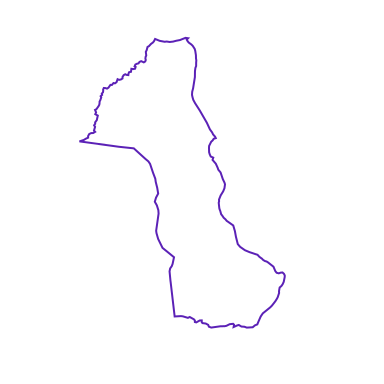 São João do Araguaia, Pará, Brazil, rotated 54°
{"feature_id": "56859067B47376797369085", "entity_name": "São João do Araguaia", "entity_type": "district", "adm_level": 2, "iso_a3": "BRA", "parent_name": "Brazil", "parent_adm1": "Pará", "projection": "equal_earth", "projection_center": [-48.731, -5.441], "detail": "fine", "context": "isolated", "style": "outline", "palette": "violet", "viewbox_px": 384, "rotation_deg": 54, "n_neighbors": 0, "source": "geoboundaries", "source_scale": "gbopen_adm2", "svg_char_len": 3087}
<svg xmlns="http://www.w3.org/2000/svg" viewBox="0 0 384 384"><g transform="rotate(54 192 192)"><path d="M65.3,104.8L63.5,106.6L62.6,110.0L62.0,112.4L60.4,115.8L59.2,118.9L57.5,121.9L55.4,124.0L54.4,125.8L50.7,129.3L46.5,131.9L47.7,134.2L48.1,135.8L48.1,138.1L48.7,141.1L48.5,142.7L50.6,145.3L51.5,147.0L54.7,148.8L55.4,150.1L56.7,151.3L58.0,151.8L58.9,153.1L58.8,154.8L56.3,156.2L55.9,158.0L56.5,159.7L55.9,161.1L55.6,162.9L56.6,164.6L57.7,164.1L58.8,165.6L58.1,167.2L56.7,168.6L58.9,170.7L58.1,172.5L58.9,173.8L60.0,174.8L58.8,176.1L57.5,176.8L57.3,178.6L58.1,180.6L59.3,181.5L59.2,183.3L58.4,185.1L57.0,185.9L58.8,188.5L58.8,190.5L57.7,191.5L58.3,193.9L57.4,195.0L58.5,198.3L58.4,200.0L57.1,200.9L56.0,202.2L56.8,203.6L58.0,204.4L59.0,205.4L59.4,207.2L60.6,207.6L60.8,209.6L62.1,209.8L63.8,212.2L64.5,213.6L65.8,214.6L66.9,215.7L67.6,217.1L68.8,220.6L68.6,222.2L71.2,222.8L72.2,224.5L74.8,223.3L77.9,226.8L78.7,229.4L79.9,230.2L80.5,232.0L82.3,232.1L84.7,235.2L86.4,235.0L86.2,237.3L85.1,238.9L84.7,241.1L85.7,243.2L87.0,244.1L86.5,246.4L86.3,248.9L84.9,253.3L112.4,224.6L122.5,213.4L123.6,213.2L138.0,210.2L141.6,209.3L144.6,209.4L153.5,212.2L159.7,213.9L162.5,215.4L168.2,217.7L173.4,220.3L175.4,224.4L178.0,227.8L182.2,228.3L186.9,229.9L189.8,231.7L202.3,243.8L204.4,244.9L208.2,246.3L210.2,247.0L219.9,248.7L225.1,247.3L234.2,244.9L238.8,250.0L240.1,252.0L241.0,254.6L243.0,256.8L250.8,261.4L252.8,262.5L282.5,279.2L285.0,275.3L285.9,273.9L287.2,272.5L291.4,269.3L291.8,267.3L296.1,265.3L297.6,265.2L298.9,266.1L300.0,265.2L300.5,261.2L301.6,259.6L303.0,260.6L304.2,260.6L306.5,258.2L309.0,257.0L310.9,257.5L313.0,256.1L317.3,248.0L319.8,244.4L320.5,242.8L321.1,239.2L322.8,236.2L324.1,236.0L325.7,237.7L326.5,233.9L327.1,232.3L329.9,231.1L331.8,228.8L333.9,227.4L337.1,222.4L336.9,219.4L337.5,217.0L335.9,214.4L333.1,209.6L332.5,208.0L331.8,206.0L331.3,196.5L330.9,194.1L329.9,190.6L329.3,188.6L328.2,185.9L327.5,184.5L324.9,180.9L323.5,180.0L322.0,178.5L320.8,177.2L320.6,174.9L319.9,172.9L318.6,170.6L315.2,166.9L314.0,166.0L312.2,165.7L310.3,166.1L309.4,167.6L308.8,169.6L307.1,171.0L305.0,171.1L300.3,170.0L293.6,171.9L292.1,172.5L290.7,173.6L288.7,174.4L287.0,174.6L285.9,175.0L284.0,175.6L281.3,175.9L279.4,177.3L276.7,179.2L274.5,180.8L270.2,183.4L264.7,185.3L261.1,185.6L254.1,182.8L248.9,180.3L243.3,178.3L235.7,180.9L233.7,181.0L231.5,181.5L228.6,181.4L227.2,181.5L224.0,180.3L222.4,179.9L221.1,179.4L216.4,176.7L215.5,175.6L214.0,174.6L211.6,170.8L209.8,166.4L208.0,163.5L205.2,160.8L203.5,160.2L199.7,159.5L193.0,157.4L189.4,157.6L187.5,157.0L183.1,156.1L178.1,156.5L176.7,154.6L174.3,156.0L171.9,155.5L169.9,154.8L166.4,152.4L164.8,151.1L162.6,146.9L162.4,144.9L161.7,143.2L162.4,141.1L160.8,140.8L157.8,141.1L155.7,140.7L151.9,140.7L144.8,139.3L130.6,137.8L121.9,137.3L118.2,136.8L115.7,135.9L113.4,134.9L111.0,132.9L108.8,130.2L100.7,122.1L95.9,118.5L93.6,116.3L92.5,114.6L89.9,112.7L88.0,111.1L86.2,110.2L83.6,108.4L79.7,106.4L77.8,105.7L74.2,105.5L72.3,105.8L69.2,106.8L67.5,106.9L65.6,106.7L65.3,104.8Z" fill="none" stroke="#5b21b6" stroke-width="2"/></g></svg>